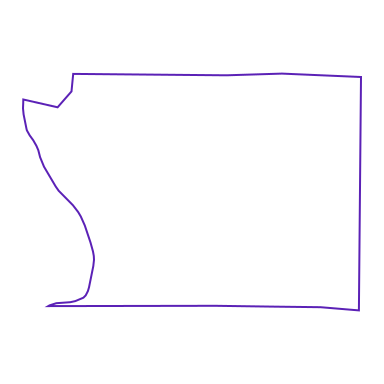 the district of Union, Illinois, United States of America
{"feature_id": "52423323B99483960242542", "entity_name": "Union", "entity_type": "district", "adm_level": 2, "iso_a3": "USA", "parent_name": "United States of America", "parent_adm1": "Illinois", "projection": "natural_earth1", "projection_center": [-89.408, 37.465], "detail": "fine", "context": "isolated", "style": "outline", "palette": "violet", "viewbox_px": 384, "rotation_deg": 0, "n_neighbors": 0, "source": "geoboundaries", "source_scale": "gbopen_adm2", "svg_char_len": 601}
<svg xmlns="http://www.w3.org/2000/svg" viewBox="0 0 384 384"><path d="M282.0,73.6L226.5,75.3L73.2,73.9L71.5,91.4L57.6,107.3L23.3,99.5L23.2,103.5L23.0,108.3L23.6,114.4L26.5,128.9L26.9,130.4L29.7,135.4L33.2,140.2L36.4,145.8L38.3,150.2L40.1,157.2L44.0,166.7L55.7,186.5L58.7,190.8L72.9,205.2L78.2,212.1L80.8,216.5L84.8,225.5L90.5,242.5L93.0,251.5L93.8,256.0L94.0,259.8L93.3,266.1L89.0,287.4L87.9,291.1L85.7,295.4L83.4,297.7L75.3,301.1L70.3,302.2L56.3,303.2L49.5,305.4L48.3,306.1L215.5,305.8L271.3,306.6L320.5,307.2L358.9,310.4L361.0,77.0L282.0,73.6Z" fill="none" stroke="#5b21b6" stroke-width="2"/></svg>